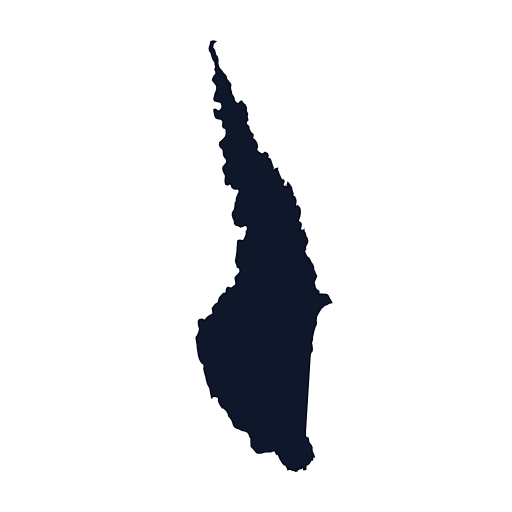 the district of Bandeirantes do Tocantins, Tocantins, Brazil, rotated 173°
{"feature_id": "56859067B76010541703685", "entity_name": "Bandeirantes do Tocantins", "entity_type": "district", "adm_level": 2, "iso_a3": "BRA", "parent_name": "Brazil", "parent_adm1": "Tocantins", "projection": "equal_earth", "projection_center": [-48.669, -7.991], "detail": "fine", "context": "isolated", "style": "filled", "palette": "ink", "viewbox_px": 512, "rotation_deg": 173, "n_neighbors": 0, "source": "geoboundaries", "source_scale": "gbopen_adm2", "svg_char_len": 6097}
<svg xmlns="http://www.w3.org/2000/svg" viewBox="0 0 512 512"><g transform="rotate(173 256 256)"><path d="M186.6,200.5L187.5,203.1L188.7,205.2L189.1,207.3L190.3,208.9L191.4,209.4L192.8,209.5L194.2,209.8L195.4,210.0L196.5,210.3L197.8,210.3L198.4,211.6L198.0,213.4L199.2,214.3L200.4,215.5L201.2,217.5L201.4,220.2L201.8,222.2L201.0,224.2L199.6,226.4L198.4,228.8L199.5,231.6L199.8,233.7L200.6,235.0L200.4,236.8L200.5,239.0L201.4,241.4L202.4,243.1L202.9,245.2L203.9,247.3L205.8,249.1L206.7,252.0L207.4,253.9L207.2,255.5L205.9,256.9L206.1,259.0L204.0,262.1L203.0,263.9L203.0,266.0L203.4,267.7L204.2,269.4L204.5,272.7L205.3,274.0L205.3,276.1L206.7,275.1L207.8,276.1L209.4,276.3L208.6,278.1L207.8,279.9L207.4,281.4L207.4,282.9L208.7,284.2L210.2,285.3L208.3,289.1L207.7,290.5L207.2,292.2L206.9,293.7L206.6,296.5L207.2,298.9L208.6,300.8L210.5,299.8L210.8,302.0L210.1,304.1L209.7,305.8L209.9,307.7L210.5,310.0L212.3,310.4L211.7,313.8L212.3,315.9L212.5,318.2L212.6,319.8L214.3,323.1L215.4,324.8L216.2,322.9L215.2,321.5L216.3,320.4L217.2,321.3L218.5,321.7L219.5,320.0L220.4,321.9L220.6,323.4L220.1,324.9L219.0,326.8L219.7,328.1L221.1,328.1L222.0,330.0L222.6,332.3L223.3,334.2L223.7,336.7L224.5,338.7L224.0,340.3L225.7,340.1L227.1,339.6L228.4,338.7L229.6,339.9L228.3,341.4L229.3,346.0L229.6,348.1L230.3,350.6L231.7,350.9L232.6,352.3L231.8,354.1L232.2,356.2L234.5,357.7L236.3,356.5L237.9,356.4L239.3,357.4L240.8,358.7L241.9,359.8L242.7,362.1L241.6,363.5L241.4,365.0L241.4,367.2L242.0,368.9L242.7,370.2L243.7,371.9L245.5,373.1L244.6,375.0L244.2,376.9L245.4,378.1L246.5,379.8L247.7,383.0L247.4,384.6L248.0,386.1L249.0,387.1L249.8,388.4L249.3,390.6L247.6,392.0L248.0,395.4L247.1,398.1L247.9,400.2L248.0,402.2L247.6,404.4L248.7,407.6L250.1,408.7L251.4,411.4L252.7,411.1L254.0,409.7L255.4,409.1L257.0,410.4L258.3,411.8L258.7,413.5L258.7,415.7L259.7,417.9L260.6,419.7L260.5,422.2L261.0,423.6L261.0,426.3L260.2,429.2L260.8,430.4L262.5,433.3L263.7,434.9L263.9,437.7L264.8,439.6L266.2,441.1L267.1,443.0L269.4,446.5L270.1,448.0L270.5,450.8L270.6,452.3L270.1,454.1L270.0,456.6L270.5,458.9L271.4,459.8L271.8,461.4L271.9,463.4L272.3,465.4L273.8,468.3L273.1,470.8L272.4,472.4L270.1,473.8L271.8,474.5L274.5,474.3L275.3,471.9L277.0,468.0L277.0,465.5L276.2,464.2L275.6,462.3L275.2,459.4L274.9,457.7L274.1,455.2L273.1,453.9L273.0,450.4L272.7,448.8L274.0,446.0L273.2,443.9L273.5,441.4L275.1,440.2L276.8,437.9L277.7,436.0L276.7,434.2L274.4,430.3L274.2,428.2L274.6,426.0L275.4,424.1L276.4,422.7L277.8,418.9L278.6,417.2L278.2,415.3L276.7,414.6L274.9,413.9L273.5,413.5L272.2,412.9L271.4,410.8L271.3,408.1L272.2,406.4L273.5,405.2L274.6,404.1L276.3,404.6L277.7,405.9L279.0,406.7L280.0,406.0L279.7,400.7L279.3,398.8L278.1,397.5L276.4,396.8L274.7,396.4L273.5,395.8L272.5,394.3L272.4,392.4L273.2,388.9L272.5,387.3L270.1,386.0L270.3,383.6L270.3,381.9L270.8,379.9L271.7,378.0L273.2,376.5L274.6,375.5L278.0,373.0L278.6,370.6L277.9,368.2L276.4,366.9L275.6,365.2L275.6,363.5L275.7,361.9L275.7,359.9L275.0,357.9L273.8,356.4L273.4,354.8L273.5,352.9L274.2,351.6L275.4,350.5L276.7,349.4L277.9,348.1L278.2,345.6L277.6,343.0L276.8,341.2L276.3,339.1L276.8,337.3L277.2,335.4L277.5,333.5L277.3,331.1L275.6,330.0L273.8,330.9L272.6,330.7L271.7,329.3L271.3,326.9L269.8,325.6L268.0,324.9L266.1,325.2L264.8,323.7L264.7,321.5L265.9,320.0L266.8,318.2L267.7,316.8L268.4,315.4L268.7,312.9L270.1,310.9L270.9,306.8L271.6,304.9L272.7,303.3L273.9,301.9L274.4,299.7L273.9,296.0L273.3,294.5L273.0,292.9L273.3,291.1L272.4,289.4L270.9,288.8L269.3,288.0L267.7,286.7L264.5,287.5L263.4,288.0L261.9,287.4L260.9,286.1L260.9,284.2L261.5,282.6L262.5,281.7L262.7,280.0L263.1,278.0L265.5,274.0L267.0,272.6L268.7,273.1L270.2,273.6L272.0,273.3L272.6,271.2L272.9,269.3L273.3,267.7L273.6,266.1L274.2,262.5L274.7,261.0L275.3,258.4L276.1,256.1L276.8,253.6L276.6,251.7L275.9,249.6L275.9,247.3L274.1,246.6L273.6,244.7L273.5,242.7L274.7,240.9L278.9,237.5L279.4,236.0L279.1,232.5L279.3,230.4L280.2,229.1L282.0,228.5L283.3,227.5L284.6,226.9L285.8,227.4L287.1,228.2L288.5,227.8L289.3,226.4L289.9,223.6L291.0,222.4L292.5,222.8L293.9,221.9L296.7,219.5L297.5,218.4L298.4,216.5L299.2,214.0L302.0,213.0L303.2,211.9L305.6,209.4L305.5,204.1L307.2,203.0L309.0,202.4L310.5,201.7L312.1,200.7L313.4,199.4L314.7,198.3L315.9,198.8L317.0,199.7L318.1,199.8L319.7,199.7L321.0,198.5L321.2,196.8L321.3,194.9L321.1,192.9L320.7,191.0L321.1,189.2L321.7,187.7L323.7,184.1L325.1,182.8L325.4,180.9L325.1,174.4L325.3,172.2L325.1,166.0L325.0,163.3L324.4,160.5L323.6,158.2L322.6,156.5L321.5,155.6L320.7,154.2L320.9,152.3L321.4,150.6L321.3,148.4L320.3,141.7L320.2,139.6L319.9,137.1L319.5,134.9L318.8,133.0L318.0,131.1L317.7,129.3L317.6,125.8L317.4,123.8L317.2,120.8L315.6,121.9L314.4,121.9L312.5,121.3L310.9,120.5L310.2,118.9L310.8,117.2L310.5,115.5L309.2,111.9L307.6,109.3L306.3,109.1L305.3,107.5L304.2,106.7L303.5,104.6L302.5,102.8L302.7,100.7L301.2,98.8L300.2,96.9L299.3,94.2L299.0,92.0L298.6,90.3L297.4,88.5L295.7,87.4L293.8,86.6L291.7,85.1L289.7,84.2L287.9,83.7L286.7,82.9L285.3,81.7L284.4,79.6L283.9,77.1L283.0,75.5L283.4,73.3L283.6,70.6L283.9,67.5L282.2,65.4L279.2,60.7L277.7,60.1L274.5,59.9L271.8,60.5L269.4,60.4L264.8,60.0L262.8,60.6L261.0,60.5L259.6,56.6L258.2,56.8L256.7,51.5L255.6,49.3L254.7,47.1L253.5,45.5L252.2,45.1L250.7,42.1L250.4,40.1L249.1,40.3L247.5,40.1L245.5,38.7L244.3,38.8L242.8,37.5L241.5,37.8L240.0,39.3L238.1,39.6L236.5,39.7L235.7,40.9L234.4,40.9L234.5,38.1L232.7,38.2L232.3,40.9L231.8,42.7L230.3,42.6L228.8,43.5L227.7,44.8L226.7,46.4L224.7,46.9L224.5,49.5L222.7,49.6L223.1,51.7L223.8,53.6L224.1,55.5L224.2,57.4L223.8,59.1L224.4,61.1L225.7,63.4L226.6,65.4L226.4,66.9L226.5,68.8L228.4,69.9L229.2,71.5L228.7,73.0L228.6,74.9L228.2,77.3L214.4,151.3L213.6,153.3L212.2,154.5L211.7,156.0L211.5,157.5L211.5,159.1L211.5,161.1L211.8,163.1L210.9,164.6L210.3,166.4L210.0,168.4L209.4,170.4L208.7,172.1L208.1,174.0L207.4,175.6L206.1,178.7L205.0,180.1L204.3,182.3L204.3,184.8L203.9,186.7L203.3,188.7L202.0,190.7L200.5,192.7L199.0,194.6L197.8,196.1L196.7,196.9L195.4,197.6L194.2,198.6L193.1,199.0L191.7,199.2L190.0,200.0L188.4,200.5L186.6,200.5Z" fill="#0f172a" stroke="#020617" stroke-width="1.5"/></g></svg>